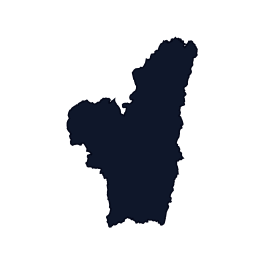 Suan Phueng, Ratchaburi, Thailand, rotated 195°
{"feature_id": "78962969B47422412766823", "entity_name": "Suan Phueng", "entity_type": "district", "adm_level": 2, "iso_a3": "THA", "parent_name": "Thailand", "parent_adm1": "Ratchaburi", "projection": "robinson", "projection_center": [99.327, 13.539], "detail": "fine", "context": "isolated", "style": "filled", "palette": "ink", "viewbox_px": 256, "rotation_deg": 195, "n_neighbors": 0, "source": "geoboundaries", "source_scale": "gbopen_adm2", "svg_char_len": 5768}
<svg xmlns="http://www.w3.org/2000/svg" viewBox="0 0 256 256"><g transform="rotate(195 128 128)"><path d="M182.1,138.3L182.1,137.2L183.7,136.8L184.1,135.8L185.0,135.2L187.0,132.8L187.9,130.4L188.6,130.0L189.0,127.9L188.9,124.9L186.9,122.1L187.8,119.3L187.9,117.3L187.2,114.5L186.4,112.7L186.4,111.8L184.6,109.9L183.3,109.2L181.5,107.5L182.2,105.2L180.9,103.1L179.8,102.5L179.8,99.7L179.3,99.2L179.4,98.7L179.1,98.0L177.3,97.1L176.0,98.0L175.6,98.6L174.8,98.6L174.5,99.1L173.0,99.3L172.3,99.8L170.1,99.3L169.1,99.5L168.9,99.8L169.6,100.3L169.6,100.7L167.6,102.0L166.4,101.8L162.2,97.8L161.9,96.7L161.8,95.1L160.2,95.3L158.4,94.9L156.5,93.7L156.5,92.9L157.1,92.9L159.8,91.1L159.6,89.6L158.6,88.7L158.4,86.4L158.4,84.5L159.3,83.4L158.9,83.2L159.0,82.8L158.2,82.7L158.0,82.2L158.2,81.7L157.6,81.2L157.4,80.6L156.5,80.3L153.5,81.2L152.1,80.7L151.9,80.3L151.5,80.4L151.0,81.1L150.1,80.9L150.0,81.2L149.4,81.0L148.6,81.3L148.4,81.0L147.4,81.8L146.6,81.9L146.3,81.5L145.8,81.8L143.7,81.8L142.8,80.9L143.3,78.7L143.0,77.2L140.6,78.0L140.1,76.4L138.9,75.5L138.0,73.7L137.5,73.4L136.3,74.3L135.1,73.8L134.5,72.0L133.6,71.0L133.5,69.7L132.5,68.4L133.1,68.1L133.2,67.3L132.8,66.9L132.7,66.3L131.3,63.1L131.1,60.8L130.7,59.8L130.5,58.1L129.0,55.7L128.7,53.9L127.7,53.5L126.9,52.0L125.5,49.0L125.2,46.8L123.5,45.5L123.4,40.7L124.1,38.5L125.4,37.1L125.4,36.2L123.8,34.2L123.4,33.0L123.8,32.4L123.5,31.8L122.2,30.9L120.8,28.0L120.2,27.7L118.9,28.2L118.8,29.2L118.0,29.7L117.2,31.3L115.9,31.1L115.3,31.3L114.4,32.0L113.5,33.7L112.5,34.7L111.9,34.9L110.8,34.6L110.1,34.7L109.6,35.2L109.1,36.5L108.1,36.7L107.7,37.2L108.0,38.7L107.8,39.2L105.1,41.9L103.8,41.3L102.3,41.6L101.1,40.6L100.3,41.7L100.0,41.8L99.6,40.8L96.7,40.0L95.6,38.5L94.9,38.7L93.7,40.5L92.4,39.5L90.9,40.2L89.2,39.9L88.5,40.1L87.8,41.7L86.7,42.4L85.4,42.2L84.8,42.5L85.3,44.3L84.8,44.8L83.5,44.8L81.3,45.5L79.7,45.0L78.1,45.8L76.3,45.2L75.5,46.1L75.1,46.2L74.5,45.8L73.9,44.3L72.1,44.5L71.4,43.1L71.0,43.0L70.2,43.2L68.8,44.8L68.6,46.1L68.7,49.3L68.9,49.7L68.7,50.2L69.1,50.6L68.9,51.9L69.5,57.1L69.2,58.1L69.1,59.6L68.7,60.5L68.6,62.1L68.7,62.9L69.2,63.4L69.6,63.4L69.7,64.1L70.2,64.9L69.5,67.3L68.0,67.4L67.4,68.0L68.2,68.7L68.3,71.4L69.0,72.0L69.5,72.0L69.9,72.5L69.9,75.4L69.1,78.0L68.3,79.4L68.8,80.8L70.1,82.4L69.4,83.7L69.3,85.3L69.6,86.1L69.7,88.3L70.3,89.8L69.6,90.7L69.5,92.3L68.6,93.4L68.9,94.4L68.7,96.0L68.3,96.7L67.9,96.8L68.3,97.2L68.4,98.3L69.1,99.4L69.1,100.6L70.5,103.4L71.7,104.9L72.7,108.7L71.0,109.3L70.6,110.4L69.8,111.3L68.7,111.2L68.2,111.6L67.8,112.8L67.0,113.2L68.8,114.4L69.5,115.5L69.9,117.4L70.8,118.0L72.3,118.2L72.6,119.0L72.7,120.9L74.3,122.9L75.3,123.0L75.9,123.4L76.0,124.7L77.6,125.4L77.8,127.1L77.5,130.1L76.7,132.5L77.1,136.1L77.6,137.5L77.7,139.6L77.3,140.8L76.1,142.1L77.5,144.3L76.2,145.0L76.0,145.9L77.5,148.6L79.0,150.6L79.6,150.9L79.8,151.9L81.0,152.6L81.9,152.7L82.1,153.1L81.5,154.7L81.6,156.4L82.5,158.0L82.9,158.2L83.0,160.9L83.4,162.0L83.0,162.2L82.0,163.6L79.9,164.8L79.7,165.3L80.8,167.3L80.4,168.5L81.1,169.9L81.2,170.6L82.2,171.9L82.3,172.9L80.9,175.2L81.2,176.1L82.1,176.9L83.4,177.5L83.5,178.0L83.1,178.9L84.2,179.9L84.5,181.6L84.2,182.3L82.9,183.6L82.1,185.6L82.8,188.0L82.9,191.1L82.4,193.1L83.3,194.8L82.4,195.2L82.2,196.1L81.6,196.8L81.8,197.6L81.4,198.4L82.1,199.9L82.9,200.8L83.0,202.7L81.9,205.6L82.9,208.2L82.8,210.2L83.3,212.2L83.0,212.9L81.4,213.9L80.3,216.4L80.7,216.5L81.1,217.1L81.1,218.3L81.6,219.3L81.3,220.1L81.6,220.5L81.7,222.0L82.9,222.7L83.2,223.7L84.4,224.2L84.9,225.6L87.5,226.8L88.0,227.8L89.2,228.3L90.0,228.1L90.4,227.4L91.5,227.6L91.7,227.3L91.4,226.3L91.9,225.9L91.9,224.9L92.4,224.6L92.3,223.7L92.9,223.6L93.2,223.1L93.1,222.5L93.8,220.8L93.9,221.0L95.2,221.0L95.7,221.5L95.7,222.7L94.6,223.8L97.1,224.3L96.8,225.4L97.1,226.1L97.6,226.0L97.8,224.9L98.4,224.8L98.6,225.8L99.6,225.2L99.7,225.7L99.5,226.8L99.8,227.2L100.0,227.1L100.1,226.5L100.6,227.4L100.9,227.4L101.4,227.1L101.3,226.6L101.8,226.4L102.3,226.9L102.3,227.4L102.7,227.5L103.0,226.9L103.7,226.8L104.8,226.9L105.6,227.5L106.6,225.5L108.3,225.4L108.4,224.6L107.9,223.8L108.3,223.2L108.9,223.8L108.9,223.1L110.0,221.4L110.7,221.6L111.0,220.9L112.3,220.7L112.4,221.0L112.2,221.9L113.1,222.4L113.5,221.9L114.2,221.9L114.6,220.9L116.0,221.2L116.3,219.0L117.9,217.6L118.7,214.3L118.8,211.1L119.5,210.4L120.5,210.2L121.6,208.8L121.2,207.2L121.4,206.5L124.3,205.2L124.5,203.1L124.3,201.2L124.8,200.0L125.5,199.1L126.3,199.4L127.0,198.9L128.0,199.2L127.7,195.6L128.5,192.0L129.1,190.5L129.8,189.7L131.3,189.8L132.0,188.6L132.5,188.2L135.7,187.0L136.8,185.6L137.9,182.5L134.9,176.7L134.0,176.2L133.3,174.6L132.8,174.2L132.7,173.4L132.1,173.3L131.8,172.1L130.4,171.1L129.8,168.3L130.1,165.8L131.9,163.7L132.7,161.7L133.9,160.4L134.1,159.2L134.1,158.2L133.4,156.7L132.3,156.2L131.5,156.7L130.5,156.4L130.5,153.9L131.2,153.6L131.4,152.7L132.8,151.4L135.0,151.7L135.6,150.9L136.3,151.2L137.7,150.7L138.8,150.0L138.9,149.3L139.2,149.1L138.5,147.0L137.5,146.7L135.5,147.6L134.7,147.1L134.4,145.7L134.3,143.7L134.4,142.4L134.9,141.7L134.7,141.2L135.0,140.8L134.8,139.8L135.0,138.9L135.7,139.2L138.1,139.5L139.0,140.0L139.3,140.4L139.6,141.6L139.9,141.8L140.4,143.4L141.0,143.7L141.3,144.4L142.2,145.4L144.0,146.8L145.4,147.4L145.7,148.1L147.3,149.5L148.4,151.4L148.5,152.2L149.7,150.4L150.5,149.8L150.9,148.4L152.1,147.3L152.6,147.3L152.5,147.9L153.1,148.3L152.6,150.2L152.8,150.8L154.1,151.5L154.8,150.9L156.3,151.1L156.7,150.7L157.6,150.8L158.2,150.1L159.6,150.1L160.7,148.0L161.1,148.1L162.1,145.3L163.7,144.9L165.5,142.8L166.4,142.3L167.7,142.3L168.8,143.1L169.6,142.5L171.1,142.3L173.7,143.2L174.4,144.0L175.0,144.1L176.6,142.5L177.4,142.5L177.8,141.9L178.4,142.3L179.0,142.0L179.5,140.6L179.9,140.6L181.4,139.3L182.1,138.3Z" fill="#0f172a" stroke="#020617" stroke-width="1.5"/></g></svg>